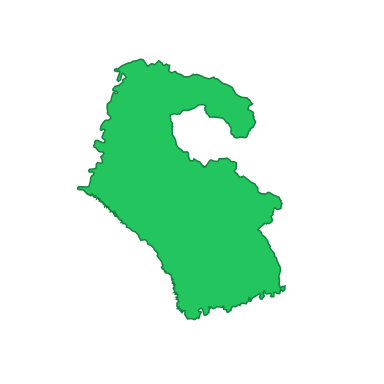 Makhoalipana, Maseru, Lesotho, rotated 212°
{"feature_id": "5366337B32036214751587", "entity_name": "Makhoalipana", "entity_type": "district", "adm_level": 2, "iso_a3": "LSO", "parent_name": "Lesotho", "parent_adm1": "Maseru", "projection": "natural_earth1", "projection_center": [28.011, -29.76], "detail": "fine", "context": "isolated", "style": "filled", "palette": "green", "viewbox_px": 384, "rotation_deg": 212, "n_neighbors": 0, "source": "geoboundaries", "source_scale": "gbopen_adm2", "svg_char_len": 6058}
<svg xmlns="http://www.w3.org/2000/svg" viewBox="0 0 384 384"><g transform="rotate(212 192 192)"><path d="M180.4,239.3L181.7,237.8L186.5,234.7L186.2,231.6L189.7,229.9L193.1,229.2L193.7,227.2L193.8,220.4L194.6,220.6L195.0,219.7L195.7,219.9L196.0,219.4L196.4,220.1L197.5,219.9L201.1,221.7L204.4,221.0L207.9,221.2L207.7,219.0L210.1,217.4L213.4,219.9L215.7,223.0L217.0,223.6L220.8,221.2L223.2,222.2L226.7,222.2L229.9,223.4L233.3,227.1L235.7,228.8L239.1,230.1L242.5,235.4L243.2,237.4L243.9,237.6L244.5,239.5L248.0,241.4L251.2,245.8L248.7,248.9L246.4,249.8L243.8,251.6L242.9,256.5L238.8,258.8L234.6,264.2L232.4,269.5L228.6,272.2L225.5,272.2L225.7,270.0L224.3,268.2L222.6,268.0L222.2,266.7L218.2,265.7L216.9,264.8L212.8,267.4L206.1,270.5L203.9,270.9L199.0,269.0L197.4,269.7L195.4,268.1L192.8,267.0L189.9,262.3L186.9,261.9L185.1,260.9L182.4,261.6L180.3,264.1L175.8,266.2L174.8,267.6L175.1,270.4L176.1,273.3L175.3,274.8L176.0,276.7L174.5,279.4L175.1,285.1L178.9,287.2L179.1,288.5L181.1,289.4L181.6,291.5L182.5,292.1L188.5,291.8L189.3,295.7L187.5,297.8L187.3,299.0L189.5,299.2L192.0,300.6L193.7,300.4L194.8,301.1L199.8,298.8L202.6,298.2L206.8,298.3L213.3,302.0L219.1,301.6L224.0,300.4L230.0,301.4L232.3,300.4L234.4,300.9L237.0,297.5L238.0,296.9L241.2,295.8L247.4,295.1L249.8,294.4L252.0,292.5L253.3,292.5L255.2,288.5L259.5,285.6L263.6,285.8L267.0,284.7L269.9,285.4L270.4,285.3L272.2,282.4L274.9,282.1L276.6,283.3L276.7,284.7L278.2,287.6L279.5,286.8L281.5,287.0L282.6,284.7L283.6,284.3L285.4,285.3L289.6,285.8L291.0,280.7L291.6,279.9L293.2,279.9L294.5,279.1L296.3,275.1L303.2,278.2L305.8,277.6L308.3,274.2L311.7,271.3L312.4,269.1L314.2,268.0L316.2,265.0L318.6,261.3L319.6,258.2L319.4,256.9L321.5,256.6L322.5,255.0L322.5,254.2L321.6,253.8L319.1,254.5L317.6,255.9L316.7,255.7L315.0,247.4L313.0,246.8L312.1,249.3L314.0,255.2L313.7,255.7L312.0,255.8L308.8,254.5L308.5,254.0L310.2,250.3L308.6,248.7L310.9,243.1L313.2,240.8L313.6,237.2L313.0,236.4L311.3,236.3L309.1,237.7L307.6,236.8L308.4,235.1L310.6,235.2L311.3,234.4L310.4,229.8L308.9,226.3L310.4,221.7L308.8,218.6L306.2,215.6L305.6,213.9L300.9,212.6L300.1,211.6L300.2,210.2L301.2,208.2L303.0,207.5L303.8,206.0L304.2,200.4L302.9,196.5L302.0,196.0L300.0,198.5L298.6,198.5L298.1,197.1L298.4,194.9L297.7,193.2L297.6,191.2L296.6,190.2L292.9,189.8L292.4,187.5L294.1,186.5L299.8,185.6L300.9,184.7L301.1,183.2L300.1,181.3L299.8,179.1L298.9,178.2L296.8,178.5L292.8,177.1L291.2,177.3L288.9,178.7L287.1,178.2L286.9,176.9L288.0,173.5L285.6,171.9L283.6,169.7L284.0,168.4L287.7,166.8L288.0,165.0L286.3,162.1L286.3,161.1L287.7,159.3L290.7,157.2L291.1,155.5L289.7,154.5L286.8,156.4L284.9,156.0L284.7,154.3L285.6,152.3L285.5,150.6L284.0,147.5L282.4,142.2L283.6,140.6L290.8,136.7L291.2,135.2L290.4,134.0L288.5,134.3L285.6,136.3L279.3,134.7L275.9,135.2L276.3,136.5L275.5,137.6L275.2,137.3L275.4,136.3L274.5,137.0L273.2,135.9L273.0,136.9L271.6,137.8L271.5,136.1L269.9,136.8L269.3,136.8L269.1,135.8L268.4,137.0L266.6,137.5L266.3,137.0L267.8,136.2L266.4,136.3L265.8,135.2L264.7,136.1L263.7,135.2L263.2,136.0L262.2,136.1L261.9,135.4L260.7,135.7L260.4,134.5L258.9,134.9L258.2,133.4L257.7,135.0L256.0,134.9L256.5,133.7L256.1,133.4L254.6,135.1L254.1,133.9L252.6,133.2L251.4,133.5L250.8,131.9L250.1,132.9L248.8,132.8L248.0,134.3L247.3,133.6L247.4,132.4L246.3,131.7L246.8,132.7L246.2,134.1L245.3,132.9L243.8,133.1L243.4,132.6L244.5,131.5L244.0,130.8L241.5,131.8L241.5,131.1L239.6,130.3L237.6,130.0L236.9,130.9L235.9,129.9L236.0,128.5L234.5,129.5L233.7,128.6L232.0,129.7L230.0,129.3L229.0,127.5L225.7,128.2L221.9,127.4L218.9,128.2L214.3,127.0L213.8,126.1L209.6,123.9L207.2,126.3L205.9,126.7L203.9,126.4L201.8,124.4L198.0,124.9L194.2,124.0L193.5,123.1L188.1,121.8L187.9,119.5L180.3,116.6L178.7,114.7L177.6,114.5L177.5,112.5L178.0,112.0L176.4,111.0L174.9,111.6L172.9,109.9L172.5,110.5L171.9,110.0L171.3,110.3L171.0,109.5L169.7,110.5L167.8,110.7L167.5,110.2L165.9,110.7L163.5,108.1L161.8,108.0L162.6,106.8L159.8,105.5L160.7,105.0L160.4,104.3L158.7,104.8L158.3,103.5L157.2,104.4L157.0,101.4L155.9,101.3L156.7,100.3L154.5,99.1L153.8,97.9L154.1,97.2L152.2,98.2L152.1,96.4L150.5,97.2L150.9,97.8L149.5,97.5L149.3,95.9L148.5,95.4L149.6,94.3L148.6,94.0L148.7,92.9L146.7,93.2L145.9,92.1L145.1,92.0L145.9,89.8L144.0,86.9L142.2,87.6L142.7,85.3L141.6,85.5L140.8,86.6L140.1,86.6L139.5,85.3L138.0,86.5L138.1,84.7L136.5,84.3L136.2,86.5L135.5,87.5L134.7,87.6L133.4,84.4L128.5,82.0L125.3,84.4L122.0,85.2L121.1,88.2L119.4,88.4L119.2,89.2L120.4,92.4L120.5,95.0L121.3,95.1L122.4,94.2L123.8,95.0L123.8,96.5L122.8,98.0L121.2,98.4L116.8,94.4L115.6,94.2L114.5,95.8L113.7,99.0L114.9,100.4L115.0,102.8L116.8,103.1L116.1,104.2L111.9,104.4L110.0,107.9L105.3,110.2L105.1,111.6L104.4,112.0L103.0,109.3L100.3,110.3L98.6,108.7L97.7,108.9L96.3,112.6L97.1,114.9L96.7,116.5L94.1,118.0L92.6,121.1L91.2,121.2L91.2,124.0L86.7,126.0L87.1,127.6L86.3,129.6L88.0,132.5L87.2,133.1L86.7,132.8L84.8,130.0L84.3,130.7L84.6,133.6L83.9,135.5L80.7,141.8L79.4,141.5L79.2,138.7L77.3,137.7L75.9,138.0L75.6,142.1L78.4,144.6L78.3,146.1L77.8,146.7L76.4,145.1L74.9,145.0L71.6,147.6L70.3,147.1L70.0,145.2L68.8,145.3L67.2,146.7L69.2,150.0L68.2,151.1L66.1,151.0L64.1,152.1L63.9,152.8L65.2,156.2L62.5,155.9L61.5,157.7L61.7,158.8L63.3,161.6L64.1,160.3L65.1,160.1L65.8,158.0L67.0,157.9L67.4,158.7L69.0,159.5L71.1,163.7L73.8,166.6L75.3,172.3L77.3,174.9L83.6,178.8L84.9,180.3L86.2,181.0L88.0,181.0L88.1,181.9L89.7,183.4L96.4,185.9L96.9,187.4L99.6,188.5L102.1,190.8L106.5,192.5L109.7,192.7L112.8,194.8L116.3,194.9L113.6,204.1L112.1,204.2L111.3,205.5L110.0,206.0L108.6,209.8L109.4,211.3L111.9,213.0L111.4,216.0L112.7,216.9L112.4,217.9L113.6,221.2L113.3,222.5L111.0,222.1L108.5,224.2L107.9,225.6L108.5,226.0L109.7,230.1L111.6,230.8L112.0,232.0L112.6,231.8L115.4,233.7L121.7,232.5L125.6,232.7L127.2,232.2L128.5,229.0L130.1,228.8L131.0,227.8L135.3,226.8L137.0,228.0L138.4,230.5L140.6,230.9L142.6,232.1L147.1,231.7L156.8,232.7L158.9,229.9L159.8,229.8L163.8,231.5L165.9,231.4L167.3,232.6L166.9,235.5L169.7,240.2L172.0,240.1L175.3,238.4L177.0,239.2L180.4,239.3Z" fill="#22c55e" stroke="#15803d" stroke-width="1.5"/></g></svg>